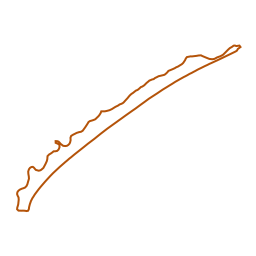 Ilha Comprida, São Paulo, Brazil (Natural Earth projection), rotated 6°
{"feature_id": "56859067B13489548048326", "entity_name": "Ilha Comprida", "entity_type": "district", "adm_level": 2, "iso_a3": "BRA", "parent_name": "Brazil", "parent_adm1": "São Paulo", "projection": "natural_earth1", "projection_center": [-47.71, -24.863], "detail": "fine", "context": "isolated", "style": "outline", "palette": "amber", "viewbox_px": 256, "rotation_deg": 6, "n_neighbors": 0, "source": "geoboundaries", "source_scale": "gbopen_adm2", "svg_char_len": 2772}
<svg xmlns="http://www.w3.org/2000/svg" viewBox="0 0 256 256"><g transform="rotate(6 128 128)"><path d="M27.7,221.6L30.6,221.4L31.8,221.2L33.2,221.1L34.4,221.1L35.9,221.2L37.3,220.7L37.9,218.9L37.9,217.2L38.1,215.7L38.4,213.8L38.8,212.2L39.1,210.8L39.6,209.5L40.2,207.9L41.1,206.2L42.2,203.9L43.5,201.7L45.6,198.2L47.5,195.3L50.9,190.4L52.5,188.2L55.6,184.0L58.2,180.7L64.2,173.8L68.2,169.5L69.2,168.4L70.5,167.1L73.0,164.4L74.3,163.2L77.3,160.1L82.0,155.5L86.1,151.5L89.8,147.8L95.7,142.3L101.2,136.8L107.6,130.7L116.5,122.8L117.7,121.7L120.2,119.5L124.2,115.9L130.7,110.2L133.4,107.9L138.2,103.5L142.0,100.1L145.7,96.7L153.4,90.5L158.5,86.2L162.3,83.3L165.0,81.2L167.5,79.3L169.1,78.0L170.5,76.9L171.5,76.2L172.9,75.2L174.4,74.1L175.7,73.2L176.7,72.5L178.1,71.5L179.7,70.5L181.6,69.2L183.5,67.8L185.5,66.6L187.5,65.2L188.6,64.5L190.7,63.0L191.9,62.2L194.5,60.6L197.8,58.5L200.5,56.9L202.3,55.7L203.4,55.1L211.8,50.1L222.0,43.8L227.1,40.6L228.3,39.6L228.9,38.0L231.4,35.7L230.2,34.4L227.1,35.2L225.7,34.8L224.4,35.1L223.0,36.4L220.9,37.9L219.4,39.6L217.5,42.0L216.3,43.5L214.8,45.3L212.3,47.0L209.2,48.5L206.8,50.2L204.7,50.8L201.7,50.8L198.2,49.8L194.2,48.6L193.0,48.1L190.6,48.5L188.6,49.1L186.4,49.6L184.2,50.1L182.8,50.2L179.2,51.3L178.2,52.9L177.7,54.5L176.1,57.5L174.9,58.9L173.3,60.1L171.1,61.8L169.7,62.5L168.3,63.6L166.8,64.5L165.2,65.4L162.2,67.0L161.5,68.2L160.3,69.7L158.8,71.2L157.6,71.7L154.2,72.9L153.0,73.3L151.7,74.2L149.6,75.5L148.4,76.7L146.9,77.2L145.5,78.0L144.3,78.6L143.4,79.6L141.8,81.2L139.7,83.8L137.9,85.3L136.6,85.9L135.0,87.7L133.6,89.1L131.9,90.0L130.8,91.1L129.4,92.5L127.8,93.8L126.3,95.5L125.3,97.0L124.4,98.4L122.3,101.2L121.1,102.9L120.1,103.9L118.8,104.7L117.1,105.5L116.1,106.5L114.7,107.4L113.4,108.2L112.1,109.2L110.1,110.8L107.8,112.2L105.5,113.1L103.4,113.8L99.7,114.2L99.2,116.1L98.1,118.3L97.2,119.6L96.0,121.0L94.6,122.7L92.8,123.7L90.7,124.6L89.4,125.1L88.1,126.2L87.5,127.6L86.7,129.2L85.3,131.9L83.2,135.5L81.6,136.7L79.8,137.2L78.7,137.7L77.5,138.2L76.0,139.2L74.1,140.4L72.3,141.8L71.8,143.7L72.2,146.1L71.9,148.5L71.4,149.8L70.4,151.1L69.1,152.1L67.6,152.5L65.4,152.5L62.6,150.8L61.5,149.7L60.3,148.8L59.0,148.5L57.4,148.6L57.6,150.3L59.9,151.0L61.6,151.9L61.9,154.4L61.2,156.7L59.9,158.2L58.3,158.7L56.4,159.0L55.3,160.2L53.7,161.6L52.4,162.5L50.9,164.4L51.0,167.5L50.7,169.5L49.6,172.7L48.0,176.6L46.0,178.7L44.9,179.4L43.6,179.8L40.7,179.3L39.6,178.3L38.6,177.3L37.4,176.6L36.0,176.9L34.7,177.9L33.8,179.4L33.3,181.7L33.7,184.1L34.4,186.5L34.8,188.8L34.3,191.4L33.8,194.5L33.1,196.4L31.7,198.1L30.1,198.9L28.7,199.5L27.0,200.5L25.6,201.8L24.7,203.4L24.6,205.3L25.3,206.8L26.4,208.5L26.8,210.7L26.8,213.6L26.8,215.3L26.6,216.7L26.2,218.7L26.2,220.4L27.7,221.6Z" fill="none" stroke="#b45309" stroke-width="2"/></g></svg>